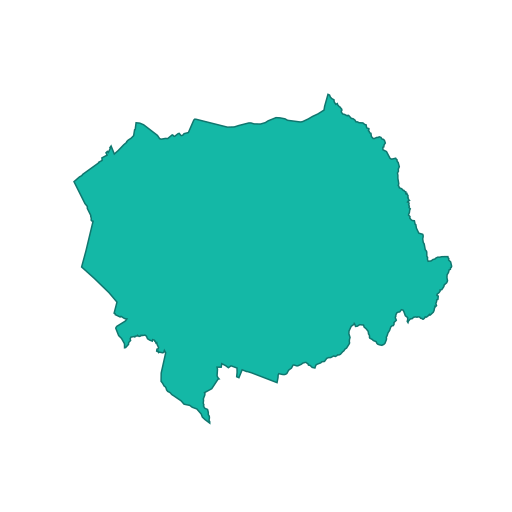 Turbaco, Bolívar, Colombia, rotated 12°
{"feature_id": "7082276B46963019811413", "entity_name": "Turbaco", "entity_type": "district", "adm_level": 2, "iso_a3": "COL", "parent_name": "Colombia", "parent_adm1": "Bolívar", "projection": "robinson", "projection_center": [-75.373, 10.349], "detail": "fine", "context": "isolated", "style": "filled", "palette": "teal", "viewbox_px": 512, "rotation_deg": 12, "n_neighbors": 0, "source": "geoboundaries", "source_scale": "gbopen_adm2", "svg_char_len": 6115}
<svg xmlns="http://www.w3.org/2000/svg" viewBox="0 0 512 512"><g transform="rotate(12 256 256)"><path d="M418.5,289.5L418.6,288.2L419.7,286.0L420.3,285.3L421.7,284.9L423.0,283.1L424.8,282.4L426.3,282.4L426.8,281.9L428.0,281.7L428.9,281.8L430.1,282.7L431.3,282.6L432.0,283.1L432.8,283.0L433.7,281.8L434.2,280.3L435.1,280.5L436.4,279.4L437.8,277.1L438.4,277.7L438.8,277.4L441.1,274.1L441.5,272.3L441.4,270.0L441.8,269.0L441.4,268.0L442.4,267.8L442.9,267.0L441.8,265.2L442.1,263.3L441.9,261.3L442.9,260.7L442.9,260.0L442.6,257.3L441.2,257.0L441.1,255.7L442.7,253.7L443.4,251.9L443.1,251.0L444.7,250.3L446.1,246.9L446.1,245.2L448.1,242.5L448.5,240.4L447.3,237.6L446.8,234.7L447.7,232.1L447.8,229.4L448.9,228.6L448.8,226.9L449.4,226.4L449.5,225.3L447.6,221.3L445.3,219.9L445.1,218.4L444.1,217.6L443.8,216.7L438.0,218.0L435.6,219.1L434.1,219.3L432.3,220.7L431.5,221.9L429.9,222.6L428.3,224.4L425.5,225.4L424.4,223.7L424.1,221.6L423.2,220.9L422.2,216.7L421.8,215.9L420.2,214.6L418.0,209.2L416.8,208.0L415.5,204.6L415.5,202.5L415.1,200.9L414.5,200.1L410.5,199.8L407.1,195.4L405.8,192.1L405.0,191.8L403.6,188.6L401.4,188.8L400.2,188.3L398.5,186.9L398.5,185.6L397.9,185.0L396.8,184.5L396.6,183.3L397.0,181.9L396.8,178.7L397.1,177.8L395.6,176.8L395.6,175.4L394.6,174.1L394.9,173.2L394.6,172.4L394.1,171.8L393.0,171.7L393.2,171.0L394.5,169.8L393.7,169.4L393.6,168.8L392.8,168.2L392.7,167.3L392.1,166.9L392.3,165.8L392.0,165.1L391.1,164.5L390.5,163.3L390.1,163.4L390.1,164.1L389.6,164.0L389.2,162.1L387.8,161.9L387.1,161.1L386.2,161.1L384.5,159.9L382.1,159.5L381.1,157.9L380.5,157.5L380.6,155.6L378.6,150.5L378.0,147.6L377.1,145.4L377.7,143.5L377.1,141.4L377.6,138.9L375.6,134.9L374.5,134.2L373.8,132.4L373.2,132.3L372.3,131.3L368.5,133.1L366.8,132.6L361.9,126.7L358.1,125.7L357.5,123.7L357.6,123.1L358.3,122.8L358.2,120.6L359.0,118.6L357.6,116.2L356.4,115.4L355.1,115.5L353.5,114.0L351.7,113.8L350.9,114.6L349.5,114.9L347.3,116.5L346.1,116.7L344.0,115.1L342.9,112.1L341.5,111.8L340.8,110.5L339.9,110.1L340.1,108.5L339.9,107.9L338.0,107.8L337.5,107.4L336.4,104.8L335.1,104.8L332.9,103.6L329.0,104.2L327.5,103.7L326.0,104.0L324.4,102.4L322.3,101.5L320.7,101.6L317.3,99.2L316.1,99.9L315.8,99.5L314.8,99.7L313.4,99.1L311.4,99.1L309.7,97.7L309.3,96.3L309.7,95.7L309.6,95.2L309.2,94.4L308.4,94.0L307.6,93.0L306.5,92.7L304.5,91.2L303.8,90.0L302.5,91.1L300.4,88.9L299.8,87.0L297.4,86.3L295.6,85.0L294.5,83.3L292.8,82.9L292.0,95.4L292.2,99.1L287.1,104.1L282.3,107.7L278.6,111.1L273.7,114.8L272.4,115.4L271.4,115.7L258.7,116.7L255.8,115.8L250.7,115.9L246.8,116.5L239.7,121.3L237.4,123.6L232.9,126.0L226.6,127.2L223.4,126.9L221.2,127.4L212.1,131.9L207.9,134.3L201.3,135.9L168.8,134.7L167.6,134.9L166.9,136.0L164.2,149.3L160.2,151.3L159.3,153.0L158.2,153.7L157.4,153.7L155.4,152.0L154.4,152.5L151.5,155.9L150.8,155.9L149.3,154.9L148.8,155.0L145.2,159.5L143.0,159.8L139.1,161.4L137.4,161.3L134.5,158.5L118.8,151.0L114.7,150.2L111.0,150.6L111.5,156.9L111.4,157.6L111.0,157.8L111.3,163.7L109.4,166.7L106.9,169.2L105.7,171.0L105.9,171.4L105.4,172.3L103.5,174.7L99.3,181.5L96.2,185.7L91.5,178.7L91.2,180.0L90.9,179.6L90.6,180.4L91.2,180.6L90.0,185.4L88.9,184.6L87.8,186.2L89.4,188.3L84.9,192.0L85.6,194.5L82.7,197.0L82.9,197.4L69.5,212.2L68.9,213.6L66.9,215.3L62.5,221.1L77.9,240.4L80.7,242.6L81.1,244.5L85.9,250.6L86.1,251.6L87.0,253.2L87.3,255.2L88.0,255.8L89.4,255.9L88.6,286.5L87.7,303.0L102.3,311.4L119.8,322.4L129.6,330.0L129.1,341.4L130.2,341.6L130.5,342.6L135.8,343.9L136.5,343.1L140.4,344.5L142.8,344.4L141.9,346.4L141.3,347.2L134.5,353.7L133.9,355.1L133.9,355.9L138.2,362.4L141.6,364.6L145.2,368.7L145.7,369.6L146.5,373.1L147.5,372.7L149.5,369.3L149.7,368.8L149.4,367.2L150.9,364.7L150.1,363.2L150.6,361.3L153.6,360.1L154.3,360.4L154.6,359.6L156.3,358.9L156.5,358.3L157.1,358.8L157.7,358.6L158.4,359.0L159.7,358.3L160.0,357.4L161.0,357.6L161.2,357.2L162.7,357.0L163.7,356.4L165.5,357.2L167.1,359.5L169.6,360.4L172.3,360.8L172.3,359.3L173.8,359.4L174.7,359.9L174.8,360.5L175.5,360.8L176.3,362.0L176.9,361.4L177.7,363.2L179.7,365.7L179.6,367.1L178.5,367.7L178.6,369.7L179.4,370.0L180.0,369.5L180.9,370.7L181.4,370.1L184.8,370.1L185.8,369.5L186.0,367.4L187.8,369.4L187.6,390.2L189.2,398.3L190.9,399.7L193.2,402.3L194.5,402.8L195.7,404.2L196.3,405.5L197.8,406.8L200.4,407.5L202.4,409.0L212.8,413.2L216.4,415.9L222.3,415.9L225.0,417.2L229.9,417.9L235.2,421.9L237.0,424.7L240.1,426.6L245.5,429.1L245.2,427.7L244.2,426.4L244.1,424.0L243.6,422.4L242.3,421.1L241.8,418.6L241.0,417.5L241.0,416.8L240.2,416.1L237.5,415.6L235.8,413.6L236.0,412.5L235.0,411.0L234.7,408.1L234.2,406.7L234.8,402.8L234.7,401.3L234.0,400.4L240.3,395.0L244.5,384.3L245.4,383.9L243.9,382.8L242.8,381.2L241.9,374.9L241.0,372.8L245.1,372.0L244.9,368.4L249.2,369.6L252.2,371.0L254.4,368.6L260.7,369.5L261.7,373.7L262.2,378.1L264.6,378.6L266.1,370.2L271.0,371.0L271.8,370.8L276.0,371.2L302.9,375.5L302.8,370.3L302.4,367.9L302.8,366.3L306.2,366.4L308.1,366.2L309.6,365.5L310.6,364.5L311.6,361.0L314.0,358.2L314.9,355.1L315.7,354.7L318.7,355.0L319.8,354.7L322.7,352.6L324.1,351.0L326.4,349.8L327.1,349.7L329.5,350.9L330.0,351.8L331.7,351.8L334.1,353.3L336.9,353.3L337.2,350.4L338.2,349.2L341.5,347.1L342.4,345.8L344.9,344.9L346.5,341.4L347.9,340.4L350.2,339.8L352.8,337.6L354.5,337.8L355.8,336.7L356.4,335.7L357.6,335.6L359.0,334.6L360.7,331.6L361.6,330.6L362.5,328.4L363.7,327.3L365.5,322.4L365.6,321.5L365.1,320.4L364.8,318.6L364.9,316.1L363.0,312.7L362.6,310.0L363.7,305.0L366.0,302.5L366.1,301.6L366.7,302.1L368.0,304.2L369.7,303.6L371.7,301.6L375.5,301.2L376.6,303.1L378.6,304.1L381.4,306.4L382.3,308.9L383.0,309.4L383.7,310.7L383.9,312.0L384.4,312.7L387.1,313.5L388.3,314.3L391.3,314.8L392.4,316.3L393.3,316.9L395.0,317.2L397.8,317.2L398.3,316.5L399.2,316.2L400.3,314.6L400.9,310.9L400.9,309.9L400.3,308.3L400.8,306.9L401.1,303.7L402.1,301.1L402.6,297.3L403.8,295.8L404.8,295.5L405.2,293.9L404.8,292.4L406.5,289.9L406.6,289.6L405.2,287.6L405.0,286.8L405.3,285.8L405.0,284.6L405.6,282.2L406.8,281.3L408.2,280.8L409.4,278.3L410.9,278.3L412.1,279.5L414.5,283.4L417.1,284.7L417.6,286.7L417.5,288.5L418.5,289.5Z" fill="#14b8a6" stroke="#0f766e" stroke-width="1.5"/></g></svg>